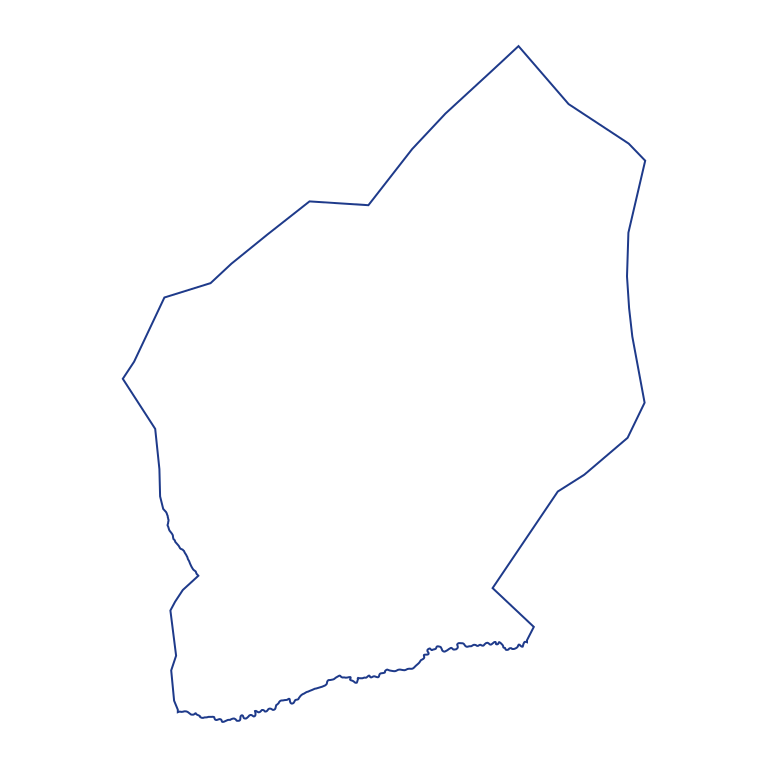 Batnorov, Hentiy, Mongolia
{"feature_id": "93677404B39915453177701", "entity_name": "Batnorov", "entity_type": "district", "adm_level": 2, "iso_a3": "MNG", "parent_name": "Mongolia", "parent_adm1": "Hentiy", "projection": "natural_earth1", "projection_center": [111.332, 47.986], "detail": "fine", "context": "isolated", "style": "outline", "palette": "blue", "viewbox_px": 768, "rotation_deg": 0, "n_neighbors": 0, "source": "geoboundaries", "source_scale": "gbopen_adm2", "svg_char_len": 6113}
<svg xmlns="http://www.w3.org/2000/svg" viewBox="0 0 768 768"><path d="M629.1,308.2L627.0,276.4L628.4,232.7L645.2,160.7L628.7,143.6L568.6,104.1L518.5,46.1L492.8,70.0L445.4,113.6L412.2,149.0L368.4,205.2L309.5,201.4L267.3,234.6L231.4,263.7L210.6,283.1L164.4,297.5L134.1,361.7L126.5,373.2L122.8,378.8L155.2,428.9L159.4,469.1L160.1,496.4L163.2,508.9L166.1,512.1L166.7,513.3L167.2,514.8L167.7,516.0L167.8,517.3L168.1,518.0L168.2,519.1L168.5,519.7L168.5,521.0L168.2,521.9L168.1,523.2L167.6,524.8L167.6,525.6L168.1,526.4L168.4,527.4L169.1,529.7L169.6,530.7L171.8,533.5L172.6,534.8L172.9,535.7L173.0,536.9L173.2,538.0L173.5,539.1L174.2,539.7L174.8,540.4L175.0,541.0L175.2,541.7L175.3,541.9L178.7,545.8L180.1,548.3L180.7,548.8L182.3,549.5L182.7,549.7L183.3,550.4L184.0,551.0L184.7,552.6L186.0,554.6L186.4,555.3L186.8,556.2L187.2,556.8L187.6,558.0L187.8,558.8L188.2,559.6L189.1,561.1L190.0,563.5L190.6,564.8L191.4,566.5L192.2,567.9L193.0,569.2L193.6,569.9L195.5,571.3L195.8,571.7L196.4,573.4L196.8,574.1L197.7,574.9L198.0,575.5L198.3,575.8L182.8,590.0L175.1,601.7L170.4,610.5L176.1,655.7L171.2,670.4L174.1,700.7L177.8,709.7L177.8,712.2L178.9,711.8L179.7,711.6L181.4,711.9L183.1,711.7L184.0,711.4L184.9,711.3L186.2,711.4L187.1,711.7L187.9,712.1L191.0,714.5L192.1,714.7L193.0,714.7L193.5,714.6L194.1,714.3L195.4,713.3L195.7,713.3L195.9,713.5L196.1,714.0L196.9,714.6L199.5,715.8L199.9,716.2L199.9,716.6L200.4,717.2L201.8,717.8L203.0,717.9L204.7,717.4L205.7,717.4L207.0,717.3L208.4,716.9L210.8,716.9L212.7,716.8L213.5,716.9L214.2,717.2L214.5,718.4L215.0,719.4L215.5,719.8L216.4,720.0L217.4,719.8L218.7,719.3L219.6,719.1L220.6,719.3L221.2,719.7L221.6,720.4L221.8,721.1L222.1,721.7L222.4,721.9L223.0,721.9L224.0,721.7L227.7,720.0L228.3,719.9L230.4,719.8L231.0,719.3L232.0,718.9L233.0,718.6L234.0,718.5L234.9,718.9L235.7,719.4L236.6,720.6L237.1,720.8L238.3,720.8L239.2,720.7L239.8,720.3L240.2,719.7L240.3,719.0L240.5,716.7L240.7,716.2L241.1,715.7L241.5,715.4L242.0,715.3L242.4,715.4L242.9,715.8L243.6,717.6L243.9,718.1L244.4,718.4L245.3,718.5L246.0,718.5L247.0,717.9L248.5,716.5L249.2,715.6L250.4,715.0L251.1,715.0L251.8,715.2L253.5,716.4L254.5,716.3L255.2,715.6L255.4,715.1L255.5,713.9L255.4,712.5L255.1,711.7L255.0,711.1L255.9,710.9L257.8,712.0L258.5,712.3L259.3,712.2L260.0,711.9L260.8,711.2L261.5,710.4L262.0,710.0L262.6,710.0L263.0,710.0L263.9,710.4L265.0,711.5L265.5,711.5L266.2,711.4L266.9,711.0L267.7,710.1L268.3,709.2L269.2,708.7L269.9,708.6L270.7,708.7L271.6,709.1L272.3,709.6L272.9,709.9L273.4,709.9L274.1,709.7L274.9,709.2L275.4,708.4L276.2,705.2L277.3,704.4L278.6,703.2L279.1,702.1L280.0,701.1L280.7,700.7L281.3,700.5L283.1,700.4L284.6,700.1L286.9,699.9L287.5,699.6L288.4,699.0L288.9,698.8L289.4,698.9L289.7,699.3L289.9,701.0L290.3,702.3L290.7,703.0L291.4,703.5L292.4,703.5L293.4,703.1L294.0,702.3L295.0,700.5L295.3,700.1L295.7,699.9L297.6,699.5L298.3,699.2L299.0,697.9L300.6,695.8L301.7,694.8L303.0,694.0L304.0,693.6L306.3,692.2L307.3,691.8L308.2,691.6L309.4,691.0L312.2,689.9L314.9,688.7L316.2,688.5L319.8,687.4L322.2,686.7L324.0,685.9L324.7,685.7L326.3,684.5L326.8,683.7L327.2,681.7L327.5,681.1L328.2,680.3L328.6,680.1L330.4,680.0L332.9,679.5L334.0,679.1L335.9,677.6L338.5,676.1L339.3,675.7L339.9,675.7L340.3,675.9L340.7,676.4L341.5,677.1L342.6,677.5L344.1,677.4L345.9,677.7L347.6,677.5L348.8,677.2L349.9,677.1L350.3,677.1L350.6,677.4L350.6,677.9L350.5,678.5L350.1,679.2L350.1,679.6L350.5,680.0L351.0,680.3L352.4,680.7L353.5,681.3L355.1,682.6L355.9,682.8L356.7,682.7L357.1,682.0L357.8,679.6L358.0,679.3L358.0,678.8L358.0,678.5L357.8,678.3L357.9,678.1L358.1,677.9L359.2,678.2L362.1,678.3L362.9,678.1L364.3,677.6L365.9,677.7L366.5,677.5L368.5,675.8L369.1,675.6L369.5,675.8L370.0,676.6L370.3,677.1L370.7,677.3L371.6,677.3L373.2,676.5L373.9,676.3L374.6,676.3L376.2,676.9L377.3,677.2L378.1,677.2L378.5,677.0L378.9,676.5L379.5,674.5L379.8,674.0L380.4,673.5L381.2,673.3L383.4,673.0L384.7,672.6L384.9,672.3L385.0,671.5L385.2,670.9L385.8,670.3L386.8,669.7L387.3,669.6L389.7,670.5L393.2,671.1L394.9,671.2L396.2,670.8L397.9,669.9L399.2,669.6L400.3,669.6L403.1,670.1L404.7,670.2L405.9,669.8L407.5,669.0L408.5,668.8L409.7,668.7L410.5,668.8L411.6,668.8L412.6,668.6L413.7,667.9L415.9,665.7L418.2,663.7L419.3,662.6L420.9,660.2L422.4,659.4L423.5,658.7L423.9,658.2L424.2,657.7L424.2,656.8L423.9,655.8L423.9,655.3L424.1,654.9L424.7,654.7L427.1,654.6L427.8,654.5L428.4,654.1L428.6,653.6L428.5,652.8L427.5,651.3L427.4,650.5L427.5,649.9L428.0,649.3L429.4,648.5L429.9,648.5L431.5,650.0L431.9,650.0L432.2,650.0L433.0,649.6L434.7,649.2L435.7,648.8L436.0,648.4L436.6,646.9L437.0,646.5L437.4,646.4L437.9,646.3L438.9,646.5L439.9,646.7L440.8,647.2L441.5,648.5L442.3,650.5L443.1,651.2L443.8,651.5L444.5,651.6L445.2,651.4L447.4,650.2L448.7,649.2L450.7,648.0L451.2,647.9L451.9,648.2L453.2,649.4L454.0,649.6L456.1,649.3L457.0,648.6L457.6,647.9L457.8,647.2L457.7,646.1L457.3,645.2L457.2,644.5L457.5,644.0L458.0,643.5L458.6,643.2L459.4,643.1L462.7,643.3L463.4,643.6L464.2,644.3L464.8,645.3L465.3,645.9L466.1,646.5L467.0,646.8L468.1,646.6L469.1,646.3L471.3,646.2L473.5,644.9L474.3,644.8L475.7,645.0L476.7,645.7L477.4,645.9L477.9,645.9L479.7,644.9L480.3,644.8L480.8,644.9L481.3,645.3L481.9,645.5L482.9,645.7L483.3,645.6L483.8,645.3L484.6,644.3L485.9,643.2L486.7,642.9L487.6,642.8L488.4,643.2L490.0,644.5L490.7,644.6L491.4,644.4L494.3,642.1L494.9,642.0L495.4,642.0L495.7,642.3L496.1,644.1L496.6,644.3L497.2,644.3L497.8,644.1L498.3,643.6L498.8,642.5L499.1,642.2L499.4,642.2L500.5,642.9L502.3,644.7L502.8,645.4L503.1,646.0L503.3,647.2L503.6,647.6L505.0,648.0L505.6,649.4L506.2,649.9L507.0,649.9L507.8,649.8L508.6,649.4L509.0,648.8L509.5,648.4L510.3,648.2L511.1,648.2L511.5,648.3L511.9,648.8L512.3,649.0L513.7,649.0L514.6,648.8L516.3,648.0L517.2,647.3L517.8,646.5L518.2,645.4L518.6,644.8L518.9,644.6L519.7,644.8L520.3,645.6L521.5,646.5L522.2,646.7L522.6,646.7L522.8,646.5L522.9,645.4L523.2,645.1L523.5,643.8L523.8,643.2L524.3,642.3L524.6,642.0L525.1,641.8L526.5,642.0L527.0,642.2L527.0,640.2L533.8,626.9L492.6,588.1L525.2,539.8L557.8,491.5L584.3,474.7L627.6,437.8L644.6,402.7L632.3,336.5L629.1,308.2Z" fill="none" stroke="#1e3a8a" stroke-width="2"/></svg>